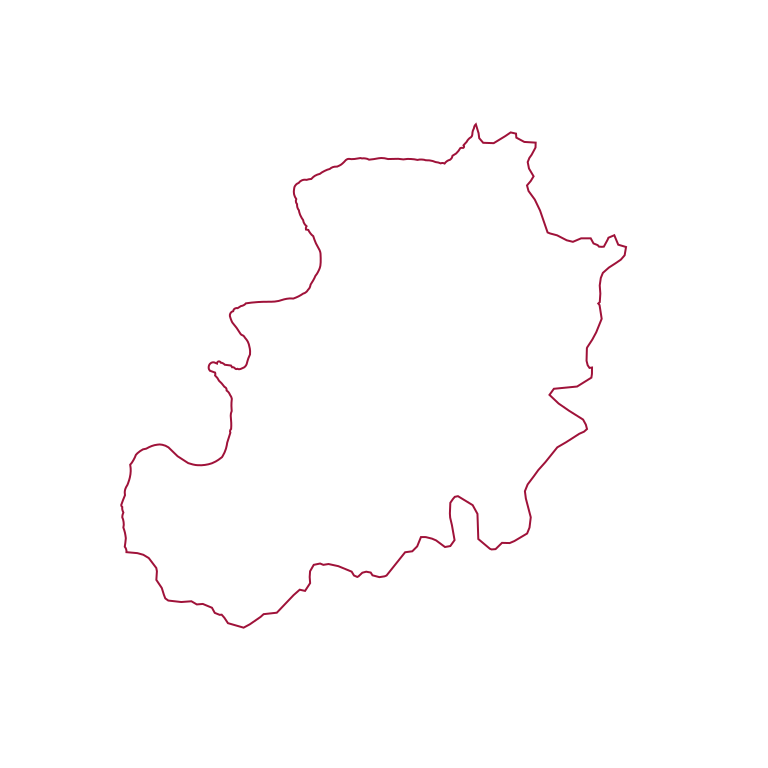 Aga, Ad Daqahliyah, Egypt (orthographic projection), rotated 22°
{"feature_id": "37247803B31879405836913", "entity_name": "Aga", "entity_type": "district", "adm_level": 2, "iso_a3": "EGY", "parent_name": "Egypt", "parent_adm1": "Ad Daqahliyah", "projection": "orthographic", "projection_center": [31.261, 30.895], "detail": "fine", "context": "isolated", "style": "outline", "palette": "rose", "viewbox_px": 768, "rotation_deg": 22, "n_neighbors": 0, "source": "geoboundaries", "source_scale": "gbopen_adm2", "svg_char_len": 6165}
<svg xmlns="http://www.w3.org/2000/svg" viewBox="0 0 768 768"><g transform="rotate(22 384 384)"><path d="M570.7,290.8L568.5,292.1L565.8,290.3L563.1,286.6L558.7,274.8L558.7,273.9L560.5,264.8L561.4,256.6L561.4,242.0L554.3,230.1L552.5,229.1L553.4,227.3L550.7,219.1L547.1,211.8L545.3,204.5L545.3,199.0L548.9,191.8L553.4,185.4L557.0,180.0L558.9,174.5L557.1,166.3L549.0,167.1L541.8,159.8L537.3,164.3L537.3,166.2L536.4,174.3L534.6,175.2L531.9,176.1L530.1,175.2L525.6,175.2L521.1,171.5L512.2,175.1L505.9,181.4L499.6,182.3L488.8,181.3L481.6,182.2L478.9,182.2L463.7,164.7L454.7,156.5L445.7,150.9L442.2,146.3L444.0,140.9L444.9,135.4L437.7,129.9L434.1,124.4L434.1,119.9L435.0,116.2L435.9,108.0L434.2,103.4L423.4,107.0L414.4,106.0L412.6,102.4L407.2,103.3L403.6,108.7L395.5,119.6L385.6,123.2L380.2,120.4L377.6,115.8L377.2,115.4L371.9,108.8L371.4,110.1L371.3,111.2L371.4,112.3L371.6,113.3L371.5,115.8L371.8,117.6L372.5,119.9L372.6,121.3L372.2,122.6L371.3,123.9L370.7,125.2L370.2,126.7L369.9,128.6L369.0,130.9L368.3,132.9L368.9,133.3L369.2,133.7L369.4,134.4L369.3,134.9L368.9,135.5L367.7,135.8L366.4,136.7L365.7,140.1L364.5,143.3L362.0,146.7L362.2,148.6L362.0,149.6L361.6,150.6L361.2,151.4L359.9,152.5L358.9,153.8L358.1,155.3L357.6,156.9L356.5,156.9L355.6,157.1L354.6,157.6L353.9,158.2L351.4,158.3L348.7,158.9L345.7,159.0L342.5,159.6L338.9,160.9L337.1,161.1L335.0,161.7L333.0,162.5L331.1,163.7L328.0,164.3L324.7,165.3L321.5,166.5L317.8,168.5L312.8,169.9L303.5,173.9L299.9,174.5L296.8,175.5L294.5,176.7L290.3,179.3L286.1,181.6L284.2,181.5L282.5,181.8L280.7,182.3L279.1,183.1L278.2,183.2L277.4,183.4L272.4,186.4L269.6,187.7L267.1,188.4L265.8,189.2L264.7,190.7L263.9,192.9L262.9,195.1L262.0,196.7L260.9,198.1L259.1,200.0L257.0,200.9L255.3,202.1L254.1,203.4L253.1,205.0L251.1,206.6L249.1,208.7L247.2,211.0L245.8,213.2L243.7,214.9L241.9,216.9L240.8,218.7L239.8,221.1L237.5,222.4L235.8,223.7L234.5,224.1L233.1,224.7L231.9,225.6L231.1,226.5L230.2,227.8L229.6,229.5L228.5,230.7L227.8,231.9L227.3,233.6L227.2,235.0L227.4,236.1L228.2,239.1L228.8,240.4L229.5,241.7L230.4,242.8L231.4,243.9L233.4,245.4L233.6,247.1L234.3,248.4L235.2,249.3L236.0,249.8L236.7,251.4L237.6,252.8L238.8,254.0L240.0,254.8L241.1,256.5L242.9,258.6L245.4,260.8L247.6,262.3L248.8,264.0L250.0,265.1L251.4,266.0L253.1,266.7L253.0,267.7L253.1,268.6L253.8,270.0L256.1,269.5L257.4,270.6L259.2,271.8L261.1,272.8L263.0,273.4L265.4,276.2L268.2,279.1L274.2,284.1L275.5,285.6L276.3,286.9L278.1,290.9L279.7,294.9L280.7,298.2L281.0,300.5L281.0,302.5L280.8,305.2L280.5,307.2L279.9,309.4L279.8,312.0L279.5,314.7L278.7,319.2L279.0,321.4L279.0,322.7L278.7,323.9L278.2,325.4L277.8,327.1L276.9,328.7L276.2,329.6L275.3,330.3L273.6,332.7L272.0,334.7L270.2,336.6L268.0,338.7L264.7,339.9L262.1,341.3L259.7,342.9L255.3,346.4L251.8,348.5L248.8,349.9L241.3,353.0L236.5,355.2L230.6,358.2L225.7,361.0L225.2,362.3L224.6,363.2L223.5,364.4L222.1,365.4L219.9,368.5L218.6,368.9L217.4,370.0L217.0,370.7L216.8,371.5L216.9,373.0L216.1,373.7L215.6,374.4L215.2,375.5L215.1,376.4L215.2,377.6L215.7,378.8L217.4,380.9L219.5,383.1L220.5,383.9L226.5,387.3L232.1,391.2L233.4,391.8L234.8,391.8L236.3,392.2L237.6,393.1L240.1,394.5L241.9,395.8L243.8,397.8L246.3,401.4L247.5,403.6L248.4,406.0L248.7,406.8L248.6,410.8L248.8,413.6L249.2,417.0L249.1,418.4L248.7,419.8L248.0,421.1L245.4,423.8L244.1,424.6L243.3,424.8L242.4,424.8L241.7,425.4L240.9,425.6L240.1,425.4L239.1,425.0L238.5,424.9L237.6,425.0L236.9,425.4L235.2,424.2L229.1,425.8L228.2,425.4L227.3,425.2L226.1,425.1L224.7,425.4L224.3,425.0L223.7,424.8L222.6,424.8L221.9,425.2L221.4,426.0L221.3,426.8L221.5,427.6L218.2,427.6L217.2,428.0L216.0,428.9L215.4,429.9L215.0,430.7L214.8,432.2L214.9,433.1L215.1,434.0L215.6,435.1L216.2,435.9L217.2,436.6L217.6,436.9L223.1,436.7L223.9,437.9L224.2,439.4L227.2,440.8L229.8,442.8L233.2,444.2L237.3,446.5L238.0,446.5L239.0,446.9L239.9,447.7L240.2,448.3L240.5,449.0L242.4,449.6L243.9,450.5L245.6,452.0L247.0,453.0L248.2,454.4L248.5,454.9L249.6,458.5L250.7,461.4L252.9,466.1L253.1,468.6L253.8,470.9L256.9,477.2L258.1,480.1L259.1,483.0L258.8,483.7L258.8,484.7L259.1,485.9L259.8,486.7L260.6,497.1L261.2,499.8L261.7,503.1L261.8,507.2L261.4,511.3L261.2,512.5L258.9,516.3L256.9,519.0L254.1,522.0L251.3,524.2L248.3,526.1L245.2,527.7L241.9,529.0L239.6,529.7L237.0,530.2L232.1,530.7L219.7,528.3L207.9,523.5L204.5,523.1L201.2,523.4L198.6,524.1L196.7,525.1L194.1,526.7L191.9,528.5L189.8,530.6L187.8,533.0L185.0,534.9L183.0,537.6L181.3,540.6L180.5,542.7L180.5,545.4L180.2,548.4L179.7,551.4L178.9,553.9L180.6,556.9L181.8,559.7L182.7,562.6L183.4,566.0L183.7,568.6L183.9,572.0L183.9,573.7L183.5,576.4L183.5,578.4L183.7,579.8L184.1,581.3L184.7,582.6L185.5,584.1L185.5,589.3L185.7,594.6L186.0,595.1L186.4,595.6L187.4,596.1L187.9,597.5L188.5,598.6L189.3,599.6L190.5,600.8L190.6,603.2L190.9,604.5L191.3,605.7L192.8,607.3L194.3,609.6L195.5,612.1L196.1,614.7L197.9,616.8L199.5,618.9L200.9,621.1L202.4,623.7L203.7,628.3L204.6,632.0L205.7,632.7L206.7,633.7L207.6,634.9L208.2,636.4L218.7,633.2L224.8,632.5L231.1,633.5L241.8,639.9L243.6,642.7L246.3,650.9L254.4,656.4L258.9,661.9L261.5,664.7L265.1,665.6L277.7,662.1L286.8,657.6L293.0,658.5L298.4,655.8L308.3,655.9L312.8,659.6L318.1,659.6L319.9,658.7L323.5,660.5L328.9,664.2L345.1,662.5L349.6,657.1L356.8,646.2L358.6,642.5L370.3,636.2L379.3,613.5L382.9,606.3L388.3,605.4L390.1,596.3L387.4,590.8L385.6,585.3L386.6,578.0L392.0,574.4L395.5,574.4L400.0,571.7L409.9,570.0L424.3,570.1L427.9,572.8L431.5,572.9L432.4,571.9L434.6,567.1L437.8,564.7L442.3,563.8L445.0,565.7L452.1,564.8L456.6,562.1L458.1,560.6L466.6,532.1L472.9,528.5L475.6,522.1L475.6,512.1L480.1,510.3L486.4,509.4L490.9,509.5L501.6,512.3L506.2,509.4L507.9,502.3L499.9,489.5L495.4,483.1L493.6,479.4L490.0,469.3L491.0,464.8L491.9,462.1L494.6,460.3L511.6,463.1L519.3,469.4L529.5,492.4L543.9,497.1L545.7,497.1L549.3,495.3L552.9,487.1L560.1,484.4L563.7,480.8L572.7,469.0L572.7,462.6L570.0,452.6L558.4,437.0L554.8,430.6L554.8,423.3L557.5,413.3L559.3,406.0L562.9,396.0L568.4,377.8L574.7,369.7L583.7,357.0L587.3,353.3L589.1,349.7L586.4,346.1L581.9,342.4L565.7,339.5L553.2,336.7L541.5,332.1L543.3,324.8L564.0,314.0L573.9,300.4L573.0,296.7L570.7,290.8Z" fill="none" stroke="#9f1239" stroke-width="2"/></g></svg>